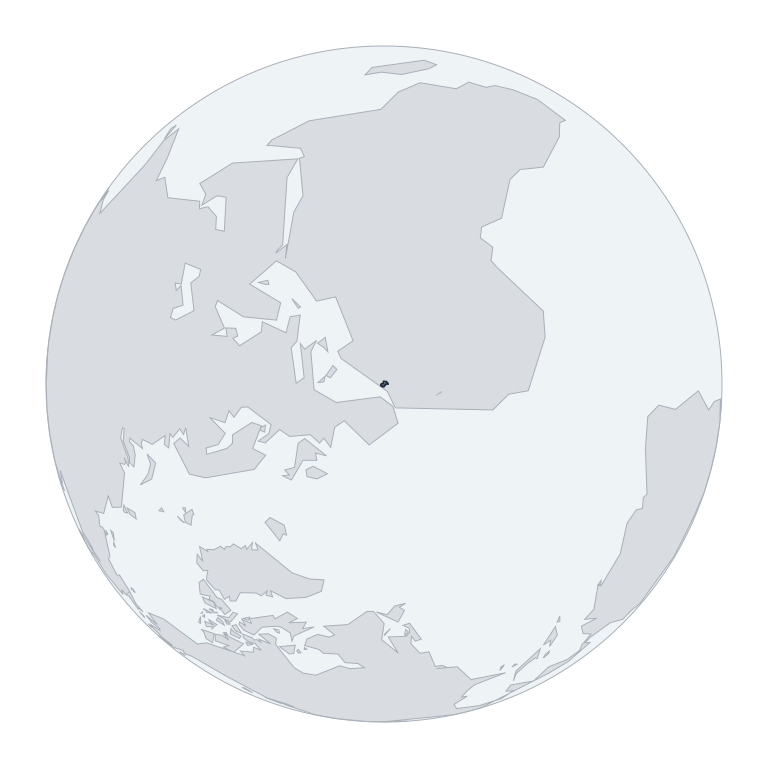 the Earth from above Sidi Bel Abbès, rotated 231°
{"feature_id": "DZA-2146", "entity_name": "Sidi Bel Abbès", "entity_type": "Province", "adm_level": 1, "iso_a3": "DZA", "parent_name": "Algeria", "parent_adm1": "", "projection": "orthographic", "projection_center": [-0.548, 34.822], "detail": "fine", "context": "on_globe", "style": "filled", "palette": "slate", "viewbox_px": 768, "rotation_deg": 231, "n_neighbors": 0, "source": "natural_earth", "source_scale": "10m", "svg_char_len": 10986}
<svg xmlns="http://www.w3.org/2000/svg" viewBox="0 0 768 768"><g transform="rotate(231 384 384)"><circle cx="384" cy="384" r="338" fill="#eef3f6" stroke="#a8b0b8"/><path d="M78.2,240.1L83.7,229.1L122.1,170.5L107.4,189.9L129.1,162.1L131.1,159.9L132.3,158.5L153.8,136.6L170.0,122.6L197.5,105.0L189.0,111.1L196.6,107.0L207.8,99.5L213.3,95.8L254.6,78.2L293.4,63.3L300.5,59.2L303.0,60.4L312.9,54.1L330.6,50.3L313.7,54.5L314.4,55.1L328.0,51.9L331.7,52.0L340.4,50.9L343.5,51.5L333.5,54.9L335.3,55.7L344.8,53.6L354.0,53.6L339.7,56.4L354.3,57.0L340.1,64.8L299.4,75.3L294.5,83.2L260.6,104.6L266.8,104.4L257.8,113.6L261.5,117.0L254.2,120.9L263.5,120.5L269.5,116.4L275.6,115.1L278.4,117.0L269.5,121.9L266.8,121.7L265.6,124.2L260.0,125.9L264.4,126.2L253.2,132.4L268.2,129.3L262.7,137.0L254.2,140.4L250.0,135.9L220.0,135.6L210.2,139.2L200.5,147.9L192.9,172.2L184.1,178.5L175.9,190.1L183.0,188.0L192.0,178.4L203.2,178.3L212.8,167.5L218.8,166.3L230.7,157.7L234.3,163.7L231.3,174.6L221.6,182.4L220.0,187.8L233.6,184.8L219.8,204.5L218.0,227.5L213.9,232.7L197.8,233.4L186.7,221.3L166.0,225.7L184.8,228.1L174.1,242.3L174.6,247.3L178.3,250.0L184.5,246.9L182.0,253.3L162.3,252.4L164.4,246.5L170.6,246.6L165.3,241.5L152.0,242.5L147.6,250.4L132.2,246.1L128.8,252.1L123.6,255.0L129.9,245.6L118.2,262.9L99.4,265.7L83.1,296.7L93.2,265.5L93.3,255.7L91.9,247.4L89.0,252.2L91.0,236.9L86.1,236.1L74.2,255.4L65.6,277.4L64.3,291.5L68.5,285.4L70.3,293.1L59.1,313.3L60.5,334.1L54.7,352.8L53.8,368.3L56.9,373.9L59.4,387.6L64.7,381.7L71.6,385.0L68.2,401.8L74.8,391.9L76.8,405.3L92.7,423.4L90.6,425.8L103.4,460.8L122.9,485.4L127.4,501.0L124.6,506.6L132.6,514.1L132.8,519.0L169.6,546.8L192.6,568.4L194.6,584.3L180.8,594.5L180.9,624.0L159.4,619.9L162.5,629.6L160.6,636.0L146.5,623.9L159.3,636.3L159.0,636.1L141.9,619.8L126.0,602.3L111.4,583.7L98.1,564.2L85.9,541.0L79.2,527.0L67.5,501.0L52.4,444.7L52.4,432.9L50.9,421.3L56.0,410.1L57.4,384.8L56.3,377.3L53.5,381.3L52.4,352.3L55.6,330.2L71.3,255.9L74.2,249.0L78.2,240.1ZM77.8,305.7L79.9,338.8L74.1,330.0L76.0,329.3L76.5,318.7L75.7,304.3L71.9,297.9L77.8,305.7ZM89.2,297.9L88.5,293.5L89.9,296.6L89.2,297.9ZM215.2,94.3L207.6,99.5L196.2,106.6L202.0,102.1L215.2,94.3ZM237.5,82.8L235.0,84.7L226.7,87.8L230.7,85.7L237.5,82.8ZM304.7,56.8L297.8,58.8L303.2,56.9L304.7,56.8ZM341.0,50.6L341.8,50.2L346.0,49.9L341.0,50.6ZM227.9,155.0L229.2,156.3L226.3,157.2L227.9,155.0ZM231.8,150.3L227.5,150.4L228.7,148.2L231.4,148.2L231.8,150.3ZM354.7,50.8L361.1,50.9L352.8,51.3L354.7,50.8ZM236.9,150.7L231.5,144.4L233.7,140.6L245.6,137.5L236.9,150.7ZM363.7,51.3L379.6,52.3L382.6,51.0L382.8,55.8L369.3,52.9L358.6,53.4L364.4,52.3L363.7,51.3ZM270.2,114.3L264.0,118.7L266.7,113.4L270.2,114.3ZM270.5,111.3L270.0,98.5L280.6,93.6L278.6,98.6L290.4,91.4L295.8,95.2L290.6,100.0L282.6,102.3L290.8,102.1L270.5,111.3ZM380.4,58.7L382.7,59.8L378.4,59.4L380.4,58.7ZM278.3,114.2L277.2,111.7L286.4,107.2L290.2,111.2L286.0,111.4L278.3,114.2ZM290.8,87.9L298.3,85.6L304.7,87.9L308.5,87.5L296.9,94.9L290.8,87.9ZM285.3,113.4L291.8,113.5L290.0,117.6L279.9,116.3L285.3,113.4ZM287.2,104.4L291.7,102.6L290.4,104.9L287.2,104.4ZM287.3,133.0L285.9,129.7L290.5,126.9L287.3,133.0ZM294.4,113.3L295.0,112.0L296.7,110.7L300.5,111.7L294.4,113.3ZM302.2,96.3L303.3,97.9L307.3,93.3L312.3,95.3L303.6,100.1L309.5,98.9L311.0,99.6L302.2,102.8L302.2,96.3ZM309.4,108.9L300.0,116.4L301.7,123.0L297.6,125.5L295.7,114.6L309.4,108.9ZM305.9,105.0L307.1,107.9L301.4,109.2L297.1,108.1L305.9,105.0ZM318.8,95.1L313.4,90.8L315.5,90.0L318.8,95.1ZM311.0,110.4L313.2,108.7L311.7,110.7L311.0,110.4ZM317.7,99.4L315.5,97.8L317.9,96.9L317.7,99.4ZM319.4,106.6L316.4,108.9L313.4,108.0L319.4,106.6ZM319.5,103.0L323.4,102.2L314.1,106.3L318.1,102.5L319.5,103.0ZM320.3,98.8L321.0,97.7L320.9,99.6L320.3,98.8ZM332.7,108.9L321.7,114.3L315.0,112.3L326.6,107.1L332.7,108.9ZM463.3,55.5L458.0,55.0L424.3,51.9L439.0,52.9L439.1,53.9L446.4,55.3L456.6,56.4L455.6,55.7L489.2,67.1L520.3,77.8L509.9,72.0L511.6,71.7L532.9,80.6L555.7,92.9L577.5,107.0L598.2,122.7L608.0,131.1L600.0,124.6L613.9,137.1L617.6,140.0L611.0,133.6L628.0,150.3L643.9,168.1L658.5,186.9L671.7,206.8L683.5,227.5L693.8,249.0L702.5,271.2L709.7,294.0L704.4,278.4L707.7,292.0L703.8,281.7L695.4,270.6L698.1,290.1L704.9,337.4L711.8,365.8L711.5,385.0L696.4,358.5L685.3,335.0L682.6,343.8L664.8,333.2L642.0,355.8L636.3,350.9L632.6,358.7L619.6,359.2L610.0,350.4L603.3,356.1L628.4,378.8L635.3,372.8L637.6,355.0L643.6,364.9L655.7,367.0L651.0,405.4L613.2,458.7L605.5,438.6L555.8,392.7L555.0,384.9L554.7,384.2L553.8,382.9L553.4,396.2L543.5,386.3L574.4,422.2L581.3,439.5L612.7,460.4L610.8,465.2L619.7,467.5L643.2,443.3L644.2,450.6L635.6,491.6L599.4,554.5L601.9,578.8L595.4,601.6L567.9,626.0L565.3,639.8L550.3,650.0L546.1,658.0L531.2,669.6L508.3,682.4L474.7,690.8L476.5,685.1L465.7,675.7L452.3,644.3L465.0,624.8L463.6,610.6L438.9,579.7L444.6,558.7L437.0,550.8L421.8,554.6L412.5,544.8L403.0,545.3L340.5,553.7L319.1,538.8L288.0,491.9L297.6,474.4L295.3,452.3L358.3,377.8L376.2,381.9L430.9,366.7L438.6,368.6L437.0,387.2L482.1,401.2L490.8,383.8L526.7,385.9L547.4,377.9L546.1,342.5L512.1,354.8L501.3,340.7L524.6,317.1L553.6,307.2L550.3,301.5L527.9,295.2L530.4,281.0L519.7,292.1L527.1,296.4L520.6,303.8L513.4,300.5L514.6,295.3L504.6,295.8L501.7,321.5L508.9,328.6L485.5,340.1L495.3,353.4L490.4,362.3L472.0,343.2L470.6,334.7L439.8,316.2L439.2,325.9L468.2,344.5L461.0,344.2L460.3,359.0L455.1,347.5L423.6,326.1L399.7,335.2L376.4,373.0L361.0,376.8L344.7,370.3L346.0,334.1L380.5,330.0L381.4,318.4L368.3,302.7L379.8,303.2L378.7,296.8L391.1,294.7L402.6,277.6L414.3,274.3L413.0,254.5L418.8,250.5L417.9,263.1L423.5,270.7L451.9,263.7L455.7,258.5L452.6,246.5L460.8,246.7L454.1,236.1L467.6,227.5L445.6,229.6L441.3,217.1L446.2,205.4L440.9,202.0L432.8,221.2L433.2,228.8L439.8,234.4L437.3,257.0L428.8,262.4L416.5,241.3L403.1,247.2L399.3,229.4L423.4,186.3L436.4,176.0L470.0,183.1L470.4,191.6L458.4,193.0L474.8,202.4L470.9,196.4L477.7,197.0L475.4,186.3L480.1,186.3L469.8,176.5L475.3,175.3L481.7,181.5L482.9,165.9L492.8,161.5L490.8,158.1L485.9,155.7L501.8,152.4L499.6,150.1L493.5,150.2L485.3,145.9L476.9,137.5L482.9,136.7L486.7,139.7L503.7,145.4L512.9,154.1L514.5,153.1L507.9,145.4L487.2,138.3L480.4,133.5L490.3,135.6L486.2,134.4L484.7,131.9L488.8,128.9L478.0,126.3L453.6,102.4L459.1,95.3L470.6,99.2L459.8,84.7L466.9,79.7L461.3,79.5L452.4,73.7L450.0,75.1L446.7,74.7L422.7,62.7L421.7,60.0L405.1,56.5L402.2,56.7L402.0,58.3L382.8,55.8L382.6,51.0L389.2,50.7L384.6,48.7L400.1,48.7L410.9,48.4L430.5,50.9L437.3,51.2L434.7,50.5L442.0,51.1L449.8,52.6L463.3,55.5ZM342.2,417.5L341.7,424.4L342.2,417.5ZM588.4,313.6L603.1,305.6L589.3,289.3L593.8,285.2L587.5,281.5L588.2,288.2L571.7,277.5L575.4,267.6L570.0,259.9L564.8,262.4L560.6,282.5L584.2,297.5L583.9,308.0L588.4,313.6ZM93.3,423.7L94.8,429.2L91.9,426.3L93.3,423.7ZM70.9,335.3L72.4,339.6L72.4,344.3L70.8,342.1L70.9,335.3ZM90.0,368.7L93.0,374.6L88.9,371.3L90.0,368.7ZM80.8,343.6L87.6,364.6L79.7,360.5L75.8,347.5L79.9,352.3L80.8,343.6ZM83.6,305.5L84.0,309.2L82.3,311.5L83.6,305.5ZM90.2,300.3L89.7,299.5L90.4,295.8L90.2,300.3ZM175.2,242.3L176.7,242.6L179.4,246.5L176.0,246.8L175.2,242.3ZM204.7,252.7L199.9,262.8L200.9,255.5L195.2,257.4L190.1,245.1L211.5,234.6L202.7,241.3L204.7,252.7ZM189.2,226.8L190.0,235.1L188.3,226.5L189.2,226.8ZM360.4,265.9L366.5,269.5L364.6,277.2L349.8,283.6L352.4,272.2L360.4,265.9ZM375.7,273.0L367.6,251.6L376.5,247.5L372.9,253.2L379.6,252.7L375.5,262.0L392.0,280.0L391.4,288.1L364.3,294.1L373.5,287.3L366.9,283.8L375.7,273.0ZM331.1,211.5L327.7,204.3L351.4,204.5L351.9,211.4L337.1,217.6L327.9,213.2L331.1,211.5ZM259.0,147.4L256.2,146.1L258.6,144.5L263.1,144.3L259.0,147.4ZM286.3,131.7L274.0,152.1L270.1,151.4L267.5,165.3L256.3,169.1L258.4,159.8L247.8,173.7L245.2,166.9L239.2,176.7L244.9,155.6L242.1,150.7L249.5,154.5L259.8,151.0L263.5,148.0L271.7,136.2L270.8,124.8L280.9,120.2L288.3,120.0L290.1,122.0L282.9,124.2L290.4,125.4L281.4,130.2L286.3,131.7ZM369.2,131.7L360.1,131.5L373.7,138.4L364.8,141.7L366.9,142.3L362.4,147.5L360.6,155.1L355.8,155.7L357.2,158.5L354.2,162.3L354.5,166.4L346.0,169.3L345.7,174.7L341.9,173.1L343.5,181.8L338.5,176.7L334.2,181.7L341.3,184.0L295.2,193.7L279.7,203.1L269.5,214.1L262.3,204.9L267.2,189.3L278.8,172.9L294.7,165.7L288.6,163.4L294.4,159.4L296.8,162.9L296.6,155.3L302.0,153.1L312.3,141.0L308.6,132.2L312.2,127.9L316.4,130.3L317.1,124.5L327.6,126.2L330.4,123.4L343.6,122.7L350.0,129.7L352.7,126.0L362.8,125.9L369.2,131.7ZM336.4,108.9L346.1,115.4L346.0,120.8L323.2,119.8L319.1,122.2L304.5,122.6L305.0,115.1L309.1,115.6L313.2,114.4L311.4,117.2L316.0,114.0L321.8,114.8L326.9,112.7L328.7,115.3L336.4,108.9ZM444.3,360.6L449.7,360.4L457.5,358.0L457.2,367.7L444.3,360.6ZM422.6,346.2L427.1,344.3L430.5,356.0L424.9,356.5L422.6,346.2ZM426.6,333.8L427.1,343.3L423.5,338.5L426.6,333.8ZM421.7,261.0L426.1,258.6L427.7,261.2L426.6,265.9L421.7,261.0ZM407.4,155.9L402.2,154.1L402.8,152.5L395.6,145.1L401.6,142.6L408.3,146.0L407.4,155.9ZM541.9,350.4L537.7,359.0L533.8,357.2L536.0,354.5L541.9,350.4ZM496.7,365.0L508.4,366.1L496.5,367.6L496.7,365.0ZM412.7,151.8L409.1,149.0L414.4,149.5L412.7,151.8ZM405.6,140.4L411.4,140.2L401.5,141.4L405.6,140.4ZM637.5,574.0L610.4,618.9L599.0,625.7L600.8,617.3L613.4,592.5L628.0,578.2L636.2,563.8L637.5,574.0ZM712.6,367.4L716.6,378.8L715.9,385.5L712.6,367.4ZM458.9,131.2L462.4,143.8L468.8,152.3L478.7,155.8L466.2,156.8L456.3,143.6L458.9,131.2ZM453.6,105.7L445.0,103.6L447.6,101.6L450.0,101.8L453.6,105.7ZM449.2,106.5L440.7,109.5L435.1,106.5L442.9,104.6L449.2,106.5ZM427.1,129.4L427.7,133.1L423.3,132.5L427.1,129.4ZM520.1,74.7L507.7,70.4L501.9,68.5L509.6,70.3L513.9,72.1L514.4,72.2L514.8,72.4L520.1,74.7ZM385.4,59.0L383.0,59.7L382.9,58.6L385.4,59.0ZM445.6,75.6L441.1,74.9L441.2,73.2L445.6,75.6ZM428.4,72.3L431.5,74.6L425.8,72.4L428.4,72.3ZM438.8,80.0L431.6,75.6L442.1,79.5L438.8,80.0Z" fill="#d9dde1" stroke="#a8b0b8" stroke-width="1"/><path d="M385.8,382.2L385.7,382.2L385.6,382.3L385.4,382.4L385.4,382.5L385.5,382.7L385.5,382.8L385.4,382.9L385.2,382.9L385.2,383.0L385.2,383.3L385.3,383.4L385.3,383.5L385.2,383.6L384.9,383.6L384.9,383.8L385.1,383.8L385.2,384.0L385.3,384.1L385.5,384.2L385.6,384.3L385.7,384.5L385.8,384.5L386.1,384.8L386.4,385.2L386.4,385.3L386.4,385.5L384.3,387.5L384.2,387.3L384.2,387.2L383.9,387.0L383.7,387.0L383.4,387.2L383.1,387.4L382.9,387.5L382.6,387.6L382.2,387.5L381.9,387.4L381.7,387.3L381.4,387.4L381.2,387.2L381.3,387.0L381.5,386.8L382.3,386.2L382.4,385.9L382.3,385.7L382.6,385.5L382.6,385.4L382.7,385.2L382.8,385.0L382.9,384.9L383.0,384.7L382.9,384.5L382.6,384.5L382.4,384.5L382.3,384.4L382.3,384.2L382.4,383.9L382.2,383.9L382.2,383.7L382.0,383.4L382.0,383.2L382.0,382.9L382.2,382.7L381.9,382.5L381.8,382.4L381.9,382.2L382.0,382.1L382.3,382.1L382.4,381.9L382.4,381.7L382.4,381.4L382.5,381.4L382.8,381.3L382.9,381.1L383.0,381.1L383.4,381.0L383.5,381.2L383.8,381.0L383.8,380.9L383.8,380.7L384.0,380.5L384.3,380.4L384.5,380.5L384.4,380.6L384.3,380.8L384.6,380.9L384.8,380.9L385.6,381.1L385.7,381.3L385.7,381.5L385.6,381.8L385.7,382.0L385.8,382.0L385.8,382.2Z" fill="#64748b" stroke="#1e293b" stroke-width="1.5"/></g></svg>